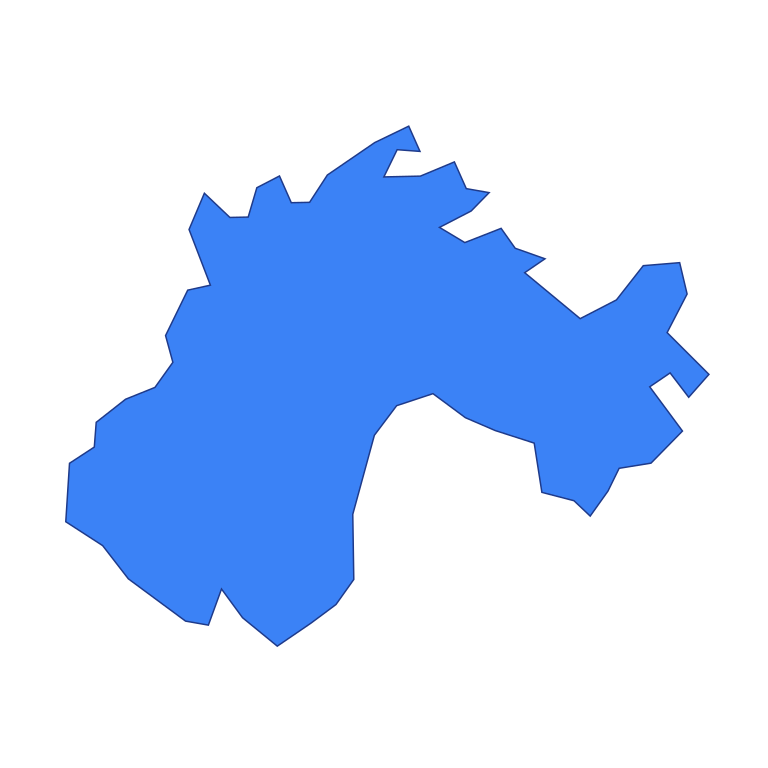 the district of Altinsay, Surkhandarya, Uzbekistan, rotated 267°
{"feature_id": "79887680B9573461396891", "entity_name": "Altinsay", "entity_type": "district", "adm_level": 2, "iso_a3": "UZB", "parent_name": "Uzbekistan", "parent_adm1": "Surkhandarya", "projection": "albers", "projection_center": [67.734, 38.171], "detail": "fine", "context": "isolated", "style": "filled", "palette": "blue", "viewbox_px": 768, "rotation_deg": 267, "n_neighbors": 0, "source": "geoboundaries", "source_scale": "gbopen_adm2", "svg_char_len": 1006}
<svg xmlns="http://www.w3.org/2000/svg" viewBox="0 0 768 768"><g transform="rotate(267 384 384)"><path d="M640.2,422.2L625.6,387.4L595.7,338.4L569.3,319.2L569.9,300.9L597.2,290.5L586.7,267.3L557.8,257.1L558.4,238.8L583.9,214.6L548.5,197.4L491.8,215.8L488.0,192.9L443.8,168.4L416.7,174.3L392.6,155.1L382.3,125.1L360.8,94.6L336.2,91.4L321.3,65.8L263.1,59.0L237.3,94.6L202.8,118.5L157.6,173.4L152.4,196.0L187.8,211.0L158.0,230.5L127.8,263.7L149.1,298.7L166.3,324.5L190.4,343.6L255.5,346.0L333.3,371.7L361.7,395.5L371.8,432.4L346.1,463.5L331.7,492.6L317.1,530.9L267.5,536.0L257.5,567.6L241.3,583.0L265.4,602.1L287.5,614.4L291.0,646.5L321.4,679.6L367.3,649.2L380.1,670.3L354.8,687.6L376.6,709.0L420.5,669.4L458.0,691.4L489.7,685.6L488.6,649.1L455.8,620.5L439.0,583.3L487.8,530.3L500.6,551.3L512.7,522.1L533.3,509.1L521.0,472.1L537.5,447.6L552.2,480.1L569.6,499.0L574.8,476.4L602.1,465.9L589.7,431.2L590.8,394.7L617.3,409.4L614.4,432.1L640.2,422.2Z" fill="#3b82f6" stroke="#1e3a8a" stroke-width="1.5"/></g></svg>